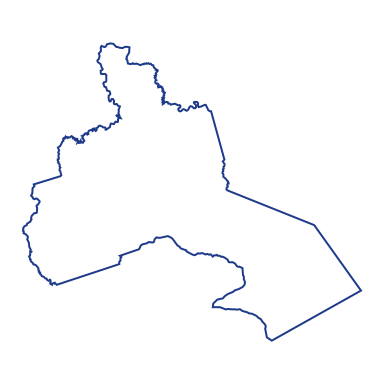 Valparaíso, Caquetá, Colombia (orthographic projection)
{"feature_id": "7082276B64086191085481", "entity_name": "Valparaíso", "entity_type": "district", "adm_level": 2, "iso_a3": "COL", "parent_name": "Colombia", "parent_adm1": "Caquetá", "projection": "orthographic", "projection_center": [-75.73, 1.085], "detail": "fine", "context": "isolated", "style": "outline", "palette": "blue", "viewbox_px": 384, "rotation_deg": 0, "n_neighbors": 0, "source": "geoboundaries", "source_scale": "gbopen_adm2", "svg_char_len": 5826}
<svg xmlns="http://www.w3.org/2000/svg" viewBox="0 0 384 384"><path d="M60.4,176.2L33.8,184.4L34.5,186.0L32.6,188.2L32.3,193.4L31.1,195.7L32.3,196.7L32.9,198.2L33.8,199.0L34.5,199.2L35.8,198.5L37.1,198.7L39.5,201.0L39.6,202.0L37.9,204.7L36.8,205.3L36.5,206.2L37.2,207.9L36.8,212.5L36.3,213.0L34.4,213.1L31.8,215.7L31.1,217.7L31.5,219.4L30.9,219.9L30.5,221.5L27.1,223.7L26.7,225.2L24.5,226.2L23.4,227.8L23.1,228.9L23.4,229.5L23.0,230.9L23.6,231.2L23.8,232.1L23.6,233.3L25.4,234.0L27.7,236.3L27.9,237.5L27.2,239.3L28.8,242.5L29.3,246.9L30.8,249.9L30.2,251.3L31.3,251.8L30.2,252.8L30.1,255.4L29.1,256.4L30.1,258.6L30.0,259.3L30.7,259.6L30.7,261.1L33.1,263.3L33.4,264.4L35.6,264.9L38.0,267.6L38.5,268.8L38.3,269.6L39.0,270.7L38.7,270.9L38.8,271.7L39.3,271.7L39.6,273.0L40.1,272.9L40.0,273.8L41.1,274.6L41.7,276.1L43.8,276.8L45.4,278.5L46.6,278.6L47.0,279.8L48.6,280.8L49.4,280.5L49.9,279.7L50.3,279.9L50.7,281.7L50.2,283.1L50.5,284.0L51.1,283.9L52.0,284.6L52.1,283.7L54.5,282.8L54.6,283.5L55.3,283.3L56.7,284.8L119.3,264.1L119.2,261.9L120.5,260.5L120.4,258.2L121.4,257.0L119.9,255.8L139.1,249.2L140.8,245.5L142.6,244.3L146.9,243.3L148.4,242.1L152.8,242.5L153.8,242.0L154.8,239.1L156.5,237.4L158.4,237.8L160.6,237.7L167.8,236.1L171.1,237.6L172.9,239.2L177.4,245.4L179.5,246.7L180.8,248.4L186.4,250.4L186.5,251.3L187.0,251.7L192.3,254.5L194.4,255.2L195.9,254.7L197.8,253.3L199.4,253.6L202.5,253.1L205.5,254.5L207.3,253.9L209.0,254.7L210.7,254.3L212.8,256.6L214.2,255.3L216.1,255.3L216.8,254.9L217.9,255.8L219.4,255.7L221.2,256.8L222.4,256.6L225.0,257.8L227.6,259.7L228.6,261.9L229.4,262.3L232.6,262.2L235.1,263.6L236.9,266.2L238.5,266.9L239.4,266.7L242.5,268.1L243.0,275.2L243.8,276.5L243.9,279.4L244.9,281.8L244.9,283.5L244.3,285.1L242.7,286.9L240.8,288.0L238.2,289.3L235.3,290.1L232.6,292.1L227.7,294.1L224.5,296.4L223.0,298.3L217.3,299.6L213.3,303.5L212.8,307.2L220.1,307.2L225.7,309.4L227.8,309.0L232.8,309.4L234.4,309.2L236.5,309.7L239.9,309.2L242.5,311.0L247.6,312.4L248.9,313.3L251.9,313.7L256.2,315.7L258.9,318.2L260.5,318.8L262.7,322.0L264.9,324.3L265.8,326.2L265.2,328.9L266.9,337.4L271.8,340.6L361.0,290.6L314.2,225.1L227.7,190.5L226.4,189.5L226.8,187.4L227.8,186.7L227.2,184.7L227.9,183.5L228.6,183.5L228.6,182.9L227.9,182.2L228.1,181.5L226.7,180.2L226.0,179.0L223.4,176.8L223.4,174.3L222.4,173.0L222.7,171.7L223.3,171.3L222.9,169.2L223.7,168.8L223.5,166.7L224.4,166.0L224.6,164.2L222.8,161.5L224.4,159.6L211.1,111.3L209.8,111.2L208.4,110.3L205.8,104.9L204.7,104.9L201.2,106.5L198.7,107.1L198.0,105.8L198.1,103.2L197.0,102.0L194.4,101.9L193.9,102.3L194.2,103.3L196.0,105.2L196.1,107.1L195.3,108.2L194.0,108.3L192.1,106.6L190.6,106.2L189.5,107.0L188.3,109.6L187.1,110.6L186.4,110.7L184.6,109.5L183.4,109.2L182.5,109.6L181.4,111.0L180.2,111.4L178.9,110.8L178.2,109.4L178.5,108.5L180.2,107.4L180.4,105.9L179.7,105.1L178.0,105.3L175.0,103.7L170.6,104.6L170.1,103.8L168.2,103.5L167.8,102.2L166.7,101.9L165.6,102.3L164.3,102.0L163.9,103.5L162.9,104.1L163.0,103.2L162.4,102.6L163.2,101.3L162.6,101.2L162.5,100.4L163.5,100.0L163.2,99.7L163.8,98.5L162.7,98.7L163.0,98.2L162.4,97.7L163.5,96.9L164.2,95.6L163.6,95.1L163.9,93.7L164.6,93.5L164.9,92.6L163.5,91.9L163.4,91.0L162.6,91.5L162.3,91.1L162.9,89.7L162.4,89.1L162.8,88.7L162.5,88.0L161.8,87.6L162.0,87.1L160.7,86.3L160.4,87.0L158.5,87.3L158.6,86.5L158.1,86.9L157.9,86.1L158.7,84.7L157.5,83.4L156.7,83.8L155.6,83.2L155.2,82.5L155.5,80.7L156.1,80.3L155.8,80.2L155.5,77.8L155.0,78.1L154.7,77.7L155.4,77.2L155.0,76.4L155.4,76.5L155.4,75.9L155.9,75.8L155.6,75.1L156.2,74.5L155.7,73.8L156.1,73.5L156.1,72.6L157.4,71.3L157.1,70.8L157.6,70.3L157.1,69.9L156.5,70.3L155.8,69.9L156.2,69.5L153.8,67.3L153.3,65.3L151.9,65.1L150.7,63.7L149.7,64.0L148.6,63.3L147.5,63.7L146.7,63.2L146.0,63.8L144.3,63.5L143.8,64.3L142.7,64.1L140.5,65.1L136.5,63.6L134.1,64.0L132.7,63.2L131.9,63.9L130.6,64.1L127.9,63.5L127.4,60.4L126.3,58.9L126.9,58.0L126.6,56.9L129.1,52.7L129.5,47.4L128.0,46.9L125.0,46.9L122.4,48.1L119.4,47.7L117.5,46.9L116.4,47.0L113.3,43.8L110.3,43.4L107.0,44.3L105.8,46.4L104.5,47.1L101.5,46.0L100.8,47.2L100.9,51.3L98.8,53.5L99.6,56.0L98.9,58.9L97.4,60.4L97.7,61.9L100.6,64.1L101.7,67.5L102.7,69.0L102.4,69.8L100.7,70.7L100.9,73.7L102.0,74.1L105.0,73.9L106.3,75.0L106.3,80.9L105.7,81.9L103.8,82.4L103.3,83.4L104.5,86.8L106.0,87.1L107.1,90.7L109.4,91.2L110.2,92.9L110.2,94.4L108.7,95.7L108.6,97.9L109.0,100.4L109.6,101.4L110.6,101.3L111.6,99.1L112.9,99.0L114.1,100.8L113.8,103.0L114.0,103.9L114.9,104.3L116.8,104.0L117.9,105.7L119.9,106.4L118.6,110.0L118.8,111.6L118.4,113.1L119.3,115.1L118.6,115.6L117.0,115.2L116.5,115.6L117.6,116.7L119.8,116.8L120.7,118.2L119.3,118.0L118.5,118.3L118.0,119.3L118.0,121.7L117.6,122.0L115.5,121.7L113.9,124.1L111.6,123.6L110.7,123.7L109.9,127.1L106.1,129.7L105.6,129.7L105.6,128.2L105.2,127.5L103.2,127.4L102.1,126.5L99.7,125.6L98.6,126.1L97.9,127.4L96.1,128.3L96.7,129.8L95.7,131.0L94.2,129.7L93.2,129.7L94.0,128.8L93.9,128.5L92.7,128.9L92.9,130.5L92.5,131.0L91.4,130.0L90.0,130.2L88.8,130.9L88.1,132.5L88.3,134.0L87.6,133.9L87.2,134.4L86.5,133.2L85.8,133.3L85.4,133.8L84.7,133.7L84.2,134.9L82.2,135.9L82.9,136.3L82.3,138.3L83.2,138.6L84.6,141.7L83.6,140.9L83.0,142.7L81.7,142.6L80.8,140.9L80.4,142.7L78.8,142.9L78.5,141.8L77.5,142.6L77.9,141.2L78.6,141.0L77.1,140.0L76.0,140.6L75.8,140.3L76.1,139.7L77.0,139.5L77.2,138.9L76.0,138.8L74.6,139.6L74.2,138.9L74.8,138.6L74.7,138.2L73.4,137.5L72.8,137.9L72.7,136.9L71.6,136.1L70.1,137.3L68.2,137.6L67.0,138.5L67.5,137.4L66.3,137.6L66.4,137.1L65.9,137.2L65.6,136.7L64.8,138.3L64.4,137.7L63.2,138.6L63.3,141.1L62.4,141.6L60.3,145.9L57.9,147.6L59.2,150.4L58.2,152.4L59.1,153.9L58.6,154.6L58.4,156.4L58.9,157.8L58.6,159.1L57.7,159.3L57.7,160.7L58.6,161.9L58.1,162.7L59.6,164.3L59.6,166.6L60.4,167.5L59.7,168.5L59.5,170.2L60.3,171.3L61.3,175.3L60.4,176.2Z" fill="none" stroke="#1e3a8a" stroke-width="2"/></svg>